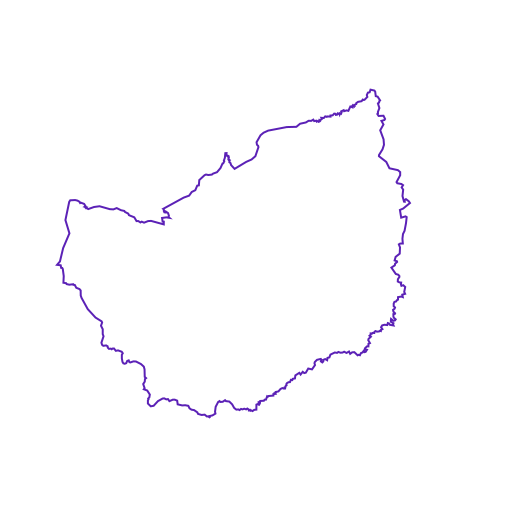 Mueang Amnat Charoen, Amnat Charoen, Thailand, rotated 152°
{"feature_id": "78962969B23558627244082", "entity_name": "Mueang Amnat Charoen", "entity_type": "district", "adm_level": 2, "iso_a3": "THA", "parent_name": "Thailand", "parent_adm1": "Amnat Charoen", "projection": "albers", "projection_center": [104.623, 15.875], "detail": "fine", "context": "isolated", "style": "outline", "palette": "violet", "viewbox_px": 512, "rotation_deg": 152, "n_neighbors": 0, "source": "geoboundaries", "source_scale": "gbopen_adm2", "svg_char_len": 6110}
<svg xmlns="http://www.w3.org/2000/svg" viewBox="0 0 512 512"><g transform="rotate(152 256 256)"><path d="M234.8,361.2L237.4,357.3L239.6,355.3L239.5,354.6L241.4,353.2L242.1,353.4L246.1,350.3L251.1,348.3L255.2,348.9L256.8,348.6L260.1,349.9L261.9,351.4L263.5,351.5L270.4,349.7L273.3,345.2L274.9,345.7L278.7,342.6L282.7,342.7L286.7,340.7L292.4,341.5L315.8,341.2L315.5,340.5L316.1,339.3L315.7,338.8L316.3,338.7L316.4,337.6L315.2,336.7L314.5,337.1L313.5,335.2L314.0,332.4L315.0,331.6L314.5,330.3L317.0,332.2L321.1,333.7L322.3,330.2L321.3,329.6L322.6,327.2L332.1,336.2L334.9,337.5L339.2,338.0L340.8,340.0L342.3,339.9L343.5,342.1L345.1,342.9L345.3,347.3L349.0,351.7L348.9,353.4L351.0,356.4L351.1,357.6L353.7,359.8L356.5,363.7L360.0,364.1L363.1,366.0L370.8,373.4L376.0,375.3L382.1,376.2L383.0,377.8L383.6,377.9L383.8,378.7L383.0,378.8L384.1,379.9L383.1,380.0L383.3,382.7L385.6,385.3L386.4,385.3L386.4,386.8L387.6,388.7L389.4,390.3L393.9,392.4L395.5,391.5L407.4,377.2L410.1,363.6L422.6,353.5L431.7,343.2L435.8,341.6L432.8,339.5L433.6,337.0L432.7,336.4L432.7,335.2L435.2,328.5L438.6,322.8L436.4,321.1L436.4,320.1L434.3,318.3L430.7,316.9L430.8,316.3L429.6,315.5L429.6,312.3L427.4,309.7L427.0,307.9L429.3,303.4L429.7,300.9L429.5,288.1L426.6,277.0L423.0,270.8L423.1,269.5L425.6,267.2L425.7,263.3L428.0,259.0L428.3,256.7L433.2,252.0L433.6,249.8L433.0,248.4L430.3,247.4L429.4,245.9L429.9,244.7L429.4,243.0L427.7,242.4L427.2,241.4L426.0,241.6L424.8,241.0L424.3,238.1L422.1,237.4L419.5,234.5L419.3,232.7L420.8,231.8L422.5,228.6L423.6,225.2L423.5,223.5L422.5,222.5L420.9,222.3L419.0,223.8L417.4,223.6L417.6,221.7L416.9,221.0L413.7,220.5L411.5,219.2L408.3,214.6L407.0,211.0L407.6,208.3L411.0,201.5L410.4,199.8L411.8,199.5L413.2,197.3L415.7,195.9L416.4,191.6L417.6,191.0L415.2,188.3L414.8,183.5L416.6,181.2L418.1,180.8L418.2,179.9L419.2,179.3L420.7,176.5L419.5,172.7L416.7,171.8L410.7,173.9L405.4,174.0L403.9,173.4L402.5,171.5L400.9,171.0L400.6,168.5L396.9,168.2L395.2,167.3L393.5,165.3L394.8,161.8L391.3,158.7L388.6,157.5L386.1,155.5L386.2,152.7L385.1,150.6L383.0,149.0L381.2,145.5L381.3,143.8L378.7,141.2L375.8,140.0L374.7,137.4L373.5,136.8L372.4,134.7L372.5,136.6L369.3,135.7L365.8,135.9L365.3,137.7L362.4,141.8L357.9,144.9L356.3,145.0L356.1,143.9L353.8,142.9L351.0,143.2L350.7,142.0L347.9,140.0L346.7,136.2L346.6,132.1L345.5,129.6L343.6,128.8L342.9,127.7L341.0,128.0L339.9,126.9L338.1,126.7L336.7,125.2L335.3,125.4L334.5,123.9L334.8,123.1L333.5,122.9L333.6,122.0L332.7,121.9L331.9,120.7L329.8,121.0L327.8,120.2L325.4,124.6L324.1,124.5L323.2,123.2L322.0,123.9L322.3,125.7L321.5,125.7L321.1,125.0L320.3,126.0L317.0,124.5L315.8,125.1L314.6,124.5L312.0,126.9L311.6,126.2L310.7,126.5L306.2,124.6L305.5,125.9L303.7,125.2L303.9,126.2L302.6,126.1L302.4,126.7L299.8,125.9L296.7,127.1L294.7,127.0L293.6,125.8L292.8,126.4L292.3,125.6L290.9,127.3L289.7,127.5L289.4,128.6L288.4,129.2L286.6,129.3L285.2,128.7L283.3,130.3L282.2,129.4L281.2,130.3L279.1,129.6L277.3,132.1L272.6,132.5L272.3,130.4L269.1,131.8L268.4,130.0L266.8,129.6L262.7,132.1L259.8,129.6L255.1,132.0L254.7,133.9L253.8,134.8L250.9,135.7L247.1,134.7L247.0,133.7L248.2,132.5L247.4,130.9L246.1,131.3L245.3,132.7L243.3,132.5L242.1,130.6L240.7,132.5L238.8,132.0L236.6,134.0L231.7,133.8L229.9,132.4L228.3,132.6L226.9,131.0L224.9,130.1L223.1,130.1L221.6,127.9L218.7,128.0L218.8,125.4L216.3,125.8L214.3,124.9L212.9,120.6L211.8,120.6L210.8,119.6L209.0,121.0L207.5,120.8L205.2,121.8L205.4,120.2L204.2,119.9L202.1,121.1L203.3,122.1L203.2,123.3L200.5,124.1L199.2,123.4L197.9,125.7L196.3,125.6L196.4,129.0L195.5,130.0L192.5,130.8L193.2,132.3L191.7,132.7L191.1,133.8L190.1,133.0L189.3,133.4L187.7,132.5L186.9,133.5L185.7,133.6L184.7,132.4L182.7,131.6L181.7,131.8L181.0,131.1L180.3,132.1L178.7,132.1L179.0,134.4L177.2,135.5L174.9,135.0L172.5,133.4L171.1,134.9L170.2,134.0L170.1,132.4L167.2,130.1L167.1,131.4L166.2,132.1L167.7,134.4L167.5,135.3L166.3,137.0L165.1,134.3L163.5,133.9L162.4,134.5L163.3,136.8L163.1,138.0L162.0,140.2L160.6,139.7L160.1,140.1L160.8,142.2L160.3,144.1L158.4,144.4L157.4,145.3L158.0,147.0L156.8,149.3L155.3,150.5L153.6,150.1L152.5,150.8L151.1,150.8L149.9,153.0L146.8,152.0L145.7,150.8L145.0,153.2L142.1,152.6L142.0,154.7L138.8,158.6L139.7,161.1L141.6,161.4L141.4,162.8L140.3,164.4L141.7,165.3L142.8,166.9L141.6,168.9L139.2,170.2L138.8,171.1L139.2,172.7L141.0,174.5L141.9,182.2L137.8,182.6L136.8,183.9L134.2,184.5L134.0,185.1L135.7,187.0L133.1,189.7L128.0,190.6L124.8,196.0L124.4,199.2L122.9,199.3L120.5,198.1L118.6,202.5L115.9,206.4L113.0,208.5L108.2,214.5L104.7,219.6L105.4,220.8L109.8,221.7L107.3,229.1L103.8,228.8L95.2,230.5L95.4,232.6L96.9,235.8L98.6,235.6L99.2,234.1L99.8,234.5L98.5,240.2L94.9,245.5L95.2,248.2L92.9,249.5L93.8,251.3L97.1,253.9L97.2,255.3L90.8,259.6L89.3,262.4L90.4,265.2L97.0,270.8L96.8,277.9L100.6,286.4L100.0,287.4L94.2,290.8L90.8,294.1L88.6,299.1L87.3,308.7L81.7,312.3L81.8,316.4L78.8,315.8L77.7,316.4L77.6,320.0L82.0,322.1L82.2,324.4L81.3,324.7L80.8,325.9L77.6,328.7L76.7,333.5L75.3,333.7L74.5,334.8L73.4,335.1L73.8,339.6L75.2,340.9L73.6,345.2L73.8,346.5L76.8,349.1L78.8,347.2L80.5,347.7L82.6,346.1L83.0,344.2L86.8,343.0L87.6,343.1L88.3,344.0L90.1,343.1L93.5,344.2L95.7,343.9L96.2,343.1L98.6,343.2L98.6,342.4L99.5,342.8L99.7,342.1L100.4,342.8L100.2,343.5L101.3,343.1L101.4,342.4L102.5,343.7L106.3,340.8L107.6,342.0L110.2,342.5L110.1,343.6L112.9,343.7L113.0,342.6L114.2,341.6L114.9,342.6L115.7,341.8L115.6,342.7L116.4,342.8L116.7,343.5L117.9,342.7L119.2,343.1L119.0,344.2L120.1,345.0L122.3,344.2L124.3,345.1L124.8,344.1L127.6,345.8L128.2,345.6L129.3,346.8L131.4,346.0L133.4,347.3L133.5,346.1L136.0,345.6L136.3,346.3L137.1,345.6L136.8,345.0L137.7,345.0L138.6,346.5L139.3,346.3L139.3,347.2L141.3,347.8L141.4,349.5L143.8,349.4L146.1,350.7L149.3,350.5L155.0,352.1L159.7,351.1L168.3,355.4L186.4,361.0L191.4,361.3L195.3,360.5L202.1,356.2L202.9,353.8L202.4,352.3L202.7,351.0L209.7,344.4L214.6,343.3L220.4,343.7L234.0,343.0L235.3,347.9L234.9,350.1L235.5,351.3L234.9,352.2L235.0,353.6L234.3,353.4L234.6,354.9L233.8,356.0L234.1,356.8L233.5,356.4L233.3,357.1L234.8,359.1L233.7,360.7L234.8,361.2Z" fill="none" stroke="#5b21b6" stroke-width="2"/></g></svg>